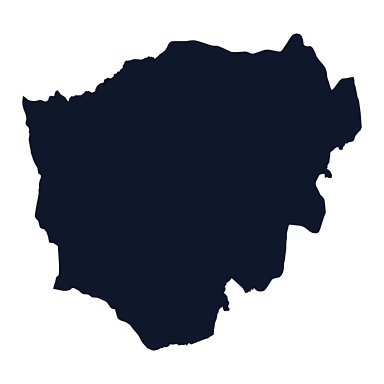 Mae Chai, Phayao, Thailand (Equal Earth projection)
{"feature_id": "78962969B98243253898824", "entity_name": "Mae Chai", "entity_type": "district", "adm_level": 2, "iso_a3": "THA", "parent_name": "Thailand", "parent_adm1": "Phayao", "projection": "equal_earth", "projection_center": [99.773, 19.373], "detail": "fine", "context": "isolated", "style": "filled", "palette": "ink", "viewbox_px": 384, "rotation_deg": 0, "n_neighbors": 0, "source": "geoboundaries", "source_scale": "gbopen_adm2", "svg_char_len": 5803}
<svg xmlns="http://www.w3.org/2000/svg" viewBox="0 0 384 384"><path d="M353.0,77.7L345.7,79.1L342.3,79.3L340.0,81.2L334.5,88.7L332.4,90.6L331.8,90.8L331.1,90.6L329.8,87.9L328.3,82.7L326.6,77.7L326.0,72.1L324.6,67.9L321.8,64.2L318.2,60.1L315.9,56.8L314.6,53.1L312.5,48.9L311.4,47.7L310.2,46.9L307.1,47.1L305.3,46.7L303.5,45.7L302.9,44.4L302.3,39.9L301.1,36.5L299.4,34.8L296.3,34.2L293.5,35.2L291.4,37.3L287.1,44.2L282.5,50.9L281.1,52.1L278.5,52.3L268.7,50.4L264.9,50.6L254.3,54.2L252.5,54.5L250.8,54.2L247.4,52.7L245.3,52.3L235.9,52.9L231.3,52.7L221.5,48.2L217.4,46.6L213.1,46.5L210.7,46.0L198.5,42.0L195.2,41.2L193.4,41.0L190.1,41.2L186.6,41.9L174.0,41.9L171.5,42.2L169.9,43.3L169.0,44.6L167.8,47.4L165.7,50.8L163.1,53.0L160.0,55.1L158.9,56.4L157.2,57.7L154.8,60.0L154.4,59.8L153.1,57.9L152.0,57.9L151.3,57.5L150.2,57.8L148.8,57.1L147.7,58.2L146.7,58.4L146.2,58.8L145.2,58.7L144.0,59.6L142.9,59.7L141.6,60.7L139.9,60.2L135.1,59.9L133.5,60.0L129.6,61.3L128.4,61.3L128.1,61.6L126.6,61.2L125.2,62.4L125.0,64.0L123.7,65.5L124.6,66.0L124.6,66.3L123.6,66.9L123.5,67.8L122.0,69.6L120.8,70.2L120.9,72.1L120.4,72.1L119.6,72.7L119.3,72.1L118.7,72.4L118.2,72.4L118.3,72.9L117.7,72.8L117.2,74.1L116.5,74.8L116.3,74.3L115.7,74.4L115.4,75.0L114.7,74.9L114.9,75.8L114.7,76.2L112.4,78.5L110.6,79.2L108.3,78.8L108.0,80.2L107.4,78.9L107.0,79.4L106.6,79.2L105.5,80.0L104.9,80.1L104.6,81.5L104.9,82.3L104.6,82.8L104.9,83.0L104.1,83.7L103.6,84.4L103.2,84.2L103.0,83.6L102.7,84.1L101.7,83.8L101.2,84.2L100.7,83.9L100.1,84.5L99.5,84.7L99.1,85.4L98.3,85.8L98.3,86.4L97.6,86.6L97.2,87.6L96.9,87.8L97.1,88.8L96.2,89.2L96.1,90.9L95.7,91.1L95.6,91.9L92.6,93.4L91.1,93.3L90.5,92.7L89.9,92.8L88.9,91.7L87.4,92.2L86.3,91.7L85.6,92.1L84.6,93.6L82.9,94.7L81.6,96.0L75.3,96.1L73.9,97.2L73.0,97.5L71.9,96.8L69.9,99.0L69.3,101.5L68.7,102.0L68.0,102.2L67.0,101.4L65.1,98.3L63.4,96.9L60.3,95.1L57.6,91.3L57.2,91.2L56.4,91.6L55.7,93.1L54.8,96.8L53.1,97.0L50.9,96.6L50.3,96.7L49.8,97.5L48.9,100.2L46.9,102.2L45.2,102.3L44.0,102.1L41.4,100.8L40.0,100.6L37.8,101.3L34.1,101.9L30.6,101.5L27.8,100.5L23.6,97.1L23.0,101.4L23.2,104.7L24.1,108.4L26.4,114.3L27.0,117.5L27.1,119.5L26.3,122.9L26.4,123.7L26.9,124.8L28.7,126.4L29.7,128.5L30.0,129.7L29.6,132.0L30.2,134.0L30.1,135.4L29.4,139.1L30.5,146.1L31.4,150.1L31.6,153.0L32.8,156.1L33.8,159.6L35.8,163.8L38.0,167.4L38.3,168.4L38.8,172.8L41.2,174.4L41.8,175.9L41.5,178.1L40.5,180.5L40.0,182.4L39.7,184.5L39.8,188.2L39.2,190.2L39.4,192.3L39.4,193.9L36.6,208.6L35.6,215.1L35.7,216.6L36.7,218.4L38.5,220.1L39.1,221.1L40.3,226.2L40.8,227.2L41.9,227.9L44.7,228.6L47.1,231.7L48.8,236.5L49.5,240.6L50.0,242.0L53.0,242.2L54.1,242.6L58.3,245.4L58.6,246.1L59.8,265.3L59.7,272.9L59.2,275.7L58.9,276.1L56.9,277.6L55.9,282.0L54.0,288.2L63.0,290.0L65.9,290.1L69.5,289.4L71.6,287.5L72.1,287.2L74.4,287.4L79.6,290.2L81.3,292.1L83.4,293.3L88.2,293.8L89.4,294.4L92.3,296.6L97.9,297.0L103.8,299.8L105.4,300.3L107.6,302.1L111.5,307.5L112.5,308.0L115.1,308.5L115.8,309.2L117.9,316.8L118.7,318.3L120.6,319.6L124.6,320.9L126.9,321.9L130.9,324.6L132.7,327.5L138.0,333.6L139.7,336.1L141.9,340.5L143.6,343.0L147.8,347.6L152.4,349.6L154.2,349.8L157.3,349.1L160.4,347.4L162.6,347.2L163.6,346.2L166.8,346.4L168.6,345.2L169.8,343.2L172.1,343.9L172.7,343.4L173.3,343.8L174.3,343.7L176.9,343.0L177.2,343.0L178.4,344.4L179.5,344.6L181.4,344.1L183.9,344.3L185.7,343.5L186.5,343.7L186.8,344.4L187.9,343.0L189.2,342.2L189.8,342.3L190.6,343.4L191.4,343.6L195.5,341.9L196.3,341.8L196.7,341.0L197.3,341.2L198.5,340.7L199.1,340.7L199.9,340.1L200.9,339.9L203.8,338.7L207.3,337.7L208.5,337.0L208.5,336.7L212.9,334.2L213.3,331.1L213.1,329.6L213.7,328.0L213.7,326.3L214.1,324.9L214.0,323.1L214.8,321.8L214.9,320.7L215.6,319.5L216.1,317.8L216.6,314.3L217.0,313.0L217.7,312.2L218.0,310.3L218.4,309.7L218.4,308.6L219.4,308.3L220.0,307.1L221.6,306.6L222.4,305.5L223.4,305.4L223.7,305.7L223.8,306.3L223.5,307.7L224.5,310.3L225.8,310.4L226.9,309.7L228.2,310.3L228.8,309.6L228.7,308.8L227.3,307.0L227.5,305.2L228.1,304.4L228.5,302.6L227.1,300.6L226.5,296.3L225.2,295.5L224.8,294.4L223.6,293.9L222.8,292.3L223.0,292.0L224.0,291.2L224.7,289.6L224.8,288.3L224.1,287.9L224.2,286.0L224.7,285.6L225.3,284.3L225.7,284.1L225.9,282.8L227.1,281.3L227.5,281.4L229.0,280.3L231.6,277.0L242.6,287.0L243.7,288.3L245.8,292.3L246.6,291.9L247.4,291.8L248.2,290.7L249.8,290.9L250.6,288.8L250.9,288.4L251.7,288.4L252.2,289.0L252.6,289.0L253.1,288.0L253.3,287.0L253.7,286.6L255.5,287.8L255.7,288.2L255.4,288.5L257.5,290.2L260.0,290.8L262.9,290.4L264.7,289.3L267.5,285.4L271.6,278.8L274.6,277.5L278.9,276.7L280.5,275.2L281.4,274.0L282.3,272.0L283.0,269.2L283.3,263.4L284.1,259.8L285.5,248.4L285.5,243.0L286.1,238.4L286.1,233.5L287.8,225.8L288.6,224.4L289.9,223.9L299.3,224.9L302.0,225.4L304.6,226.6L306.5,227.8L310.5,231.1L313.1,232.3L316.2,232.5L317.5,232.2L318.5,231.2L319.6,228.4L323.6,215.8L324.7,213.6L325.0,211.5L324.0,201.7L323.6,199.7L322.7,198.1L319.5,194.8L318.5,192.2L315.6,186.7L315.0,184.6L314.9,183.5L315.2,181.6L318.4,175.2L319.3,174.2L320.7,173.5L324.1,173.0L324.9,173.1L325.4,173.6L325.5,176.8L327.0,176.2L329.0,177.2L330.1,177.4L330.9,177.2L331.2,176.5L331.2,175.3L331.0,174.5L330.4,173.9L330.3,172.8L328.7,170.8L326.8,169.5L326.2,168.8L325.9,167.9L326.0,167.5L326.7,167.3L326.8,167.0L326.6,165.7L326.9,164.7L328.6,162.2L328.6,161.3L329.5,155.2L329.3,152.8L331.2,150.6L332.0,149.9L332.7,149.8L334.1,147.8L335.1,147.5L337.0,146.1L339.9,147.1L339.5,148.0L339.8,148.8L340.6,149.1L341.8,149.1L342.3,147.1L343.1,145.9L343.2,145.3L344.2,144.8L344.2,143.6L344.8,142.7L346.7,142.8L349.0,141.4L351.9,140.9L352.9,140.4L353.7,139.1L354.2,136.9L354.9,135.3L358.4,131.1L360.1,129.6L360.5,127.9L361.0,127.5L359.9,112.9L358.6,103.2L358.1,100.1L356.8,97.2L355.0,87.7L354.0,84.5L353.7,83.0L353.6,80.3L353.0,77.7Z" fill="#0f172a" stroke="#020617" stroke-width="1.5"/></svg>